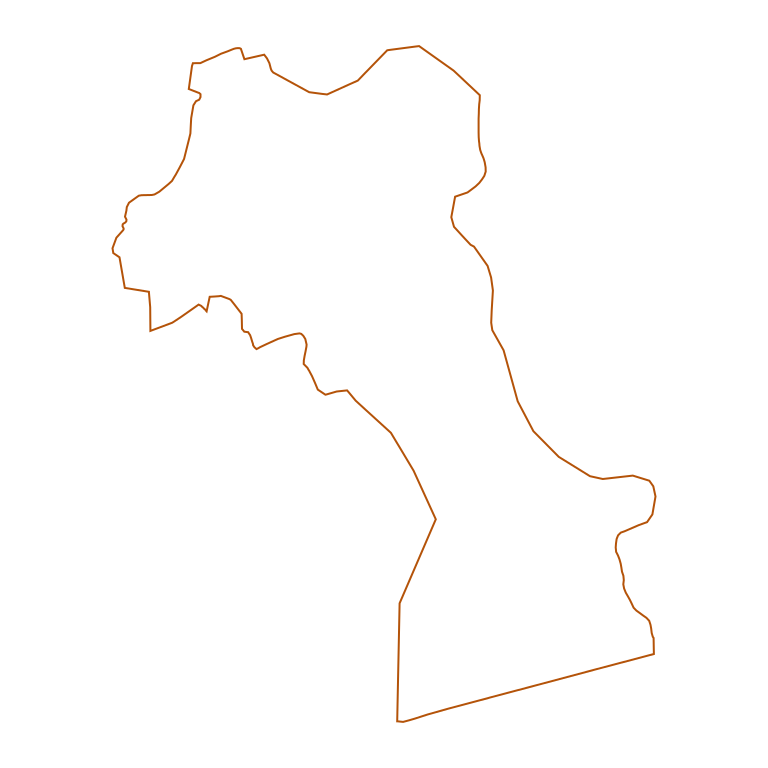 the district of Saqin, Sa`dah, Yemen
{"feature_id": "15242507B44237665414324", "entity_name": "Saqin", "entity_type": "district", "adm_level": 2, "iso_a3": "YEM", "parent_name": "Yemen", "parent_adm1": "Sa`dah", "projection": "robinson", "projection_center": [43.467, 16.799], "detail": "fine", "context": "isolated", "style": "outline", "palette": "amber", "viewbox_px": 768, "rotation_deg": 0, "n_neighbors": 0, "source": "geoboundaries", "source_scale": "gbopen_adm2", "svg_char_len": 3490}
<svg xmlns="http://www.w3.org/2000/svg" viewBox="0 0 768 768"><path d="M125.0,216.7L126.5,219.7L126.3,221.3L125.3,222.5L123.3,223.7L122.7,224.4L122.5,226.2L123.6,228.4L123.6,229.3L123.2,230.1L116.4,237.7L112.5,248.3L112.6,248.7L113.3,253.1L119.5,257.3L124.8,287.9L148.9,291.8L148.9,292.0L150.2,307.2L150.4,330.7L150.4,330.9L172.3,322.7L172.7,322.4L173.1,322.2L181.1,316.9L181.4,316.7L194.5,307.5L198.6,304.6L200.7,305.6L201.4,306.0L201.8,306.5L202.3,307.0L202.9,307.4L203.4,307.9L203.8,308.4L204.3,308.9L205.1,309.5L205.4,309.9L205.9,310.5L206.3,311.1L206.6,311.4L209.7,296.8L214.8,296.5L218.9,296.2L220.9,295.9L221.1,296.0L229.2,299.0L230.7,299.8L234.2,304.2L241.6,313.8L241.8,319.4L242.0,328.9L242.7,329.7L244.3,331.7L248.2,332.2L248.7,333.1L250.1,335.1L251.0,337.7L251.2,338.3L252.2,341.7L252.9,343.7L253.0,344.1L253.1,345.2L254.4,347.2L256.5,349.1L258.5,348.1L259.5,347.5L259.8,347.3L267.0,343.9L277.8,339.0L285.0,336.7L294.3,334.1L299.5,333.4L301.3,333.9L303.3,335.8L305.3,339.0L306.6,344.6L306.4,346.9L306.3,347.3L305.5,351.6L304.6,355.9L303.8,360.6L303.8,361.8L303.7,364.0L307.5,367.9L308.4,369.6L309.2,370.8L309.8,372.0L312.0,376.1L315.0,382.9L317.8,389.6L325.4,394.7L326.3,394.5L336.7,391.5L347.1,390.4L348.9,392.5L355.7,400.7L365.3,409.5L366.4,410.5L390.9,432.8L397.3,443.5L398.9,446.1L413.6,470.7L435.8,519.3L399.6,603.3L397.8,691.3L397.2,721.3L397.5,721.3L403.1,721.9L409.1,720.3L414.9,718.6L427.6,714.5L448.5,708.6L488.4,698.0L489.7,697.6L536.1,685.3L596.0,669.3L653.9,654.0L653.8,650.0L653.6,638.0L652.8,636.8L651.7,633.0L651.2,628.7L650.5,624.8L649.2,620.8L646.4,617.8L643.1,615.5L640.0,613.2L636.4,610.6L633.6,607.7L631.7,603.6L629.9,599.9L627.9,596.3L625.8,592.7L624.1,588.5L623.3,584.3L623.8,580.1L623.4,575.8L622.0,571.7L621.4,567.7L620.7,563.7L619.5,559.4L618.0,555.5L616.1,551.8L616.0,550.3L615.7,547.5L616.0,543.4L616.6,539.1L617.0,538.0L618.1,535.3L620.8,532.6L624.5,531.3L638.6,525.2L647.1,522.1L652.4,514.4L655.5,496.5L653.3,486.3L649.3,480.7L632.8,475.6L602.8,479.0L590.0,476.2L558.8,456.9L533.4,431.2L517.7,401.3L503.6,350.3L492.3,330.2L491.2,322.7L491.7,310.4L492.9,290.5L491.1,277.5L487.6,265.9L474.0,246.6L470.6,244.8L464.9,238.7L461.4,234.9L458.4,231.6L454.0,226.8L451.3,217.2L452.9,208.7L455.1,196.7L467.1,192.6L467.6,192.4L471.5,189.5L475.6,186.4L479.3,182.9L482.0,179.4L484.3,175.9L484.8,174.4L484.9,174.0L485.7,171.6L485.6,167.4L485.4,166.2L484.7,162.2L484.0,159.8L483.5,158.2L482.0,154.7L481.6,153.9L481.1,152.6L480.2,149.9L479.5,145.9L479.3,143.3L479.0,141.2L478.7,137.0L478.7,136.6L478.6,132.5L478.6,128.1L478.6,123.4L478.6,118.6L478.8,113.9L478.9,109.1L479.2,104.3L479.7,100.2L479.8,95.2L453.6,70.6L419.1,46.1L415.8,46.5L389.0,50.0L387.2,50.3L366.5,71.6L365.4,72.7L357.8,80.6L349.7,84.2L332.5,92.0L327.0,94.5L326.6,94.4L322.1,93.9L309.2,92.2L273.2,72.5L271.6,70.6L270.8,68.6L269.4,63.2L267.0,58.4L264.2,54.7L244.4,59.2L240.9,48.8L239.7,48.2L237.9,48.1L235.9,48.3L233.9,48.8L231.6,49.7L227.7,51.3L223.6,52.8L221.1,53.7L217.7,55.4L214.9,56.8L209.8,58.9L206.4,60.3L200.4,63.1L192.9,63.2L192.1,65.7L192.0,65.9L188.8,89.0L198.3,92.7L199.2,93.0L200.5,94.2L200.5,97.1L199.2,99.7L196.0,101.2L193.4,105.3L191.2,118.1L190.8,125.1L190.4,133.4L190.1,134.7L189.1,138.8L187.0,147.2L184.1,158.8L184.0,159.1L179.8,167.2L176.0,174.2L175.6,174.9L174.4,176.8L172.0,180.9L168.6,184.0L159.3,191.7L154.6,194.4L154.3,194.5L151.8,195.0L141.6,195.2L138.8,195.7L135.0,198.4L129.0,202.7L126.8,207.1L126.4,210.6L125.0,216.7Z" fill="none" stroke="#b45309" stroke-width="2"/></svg>